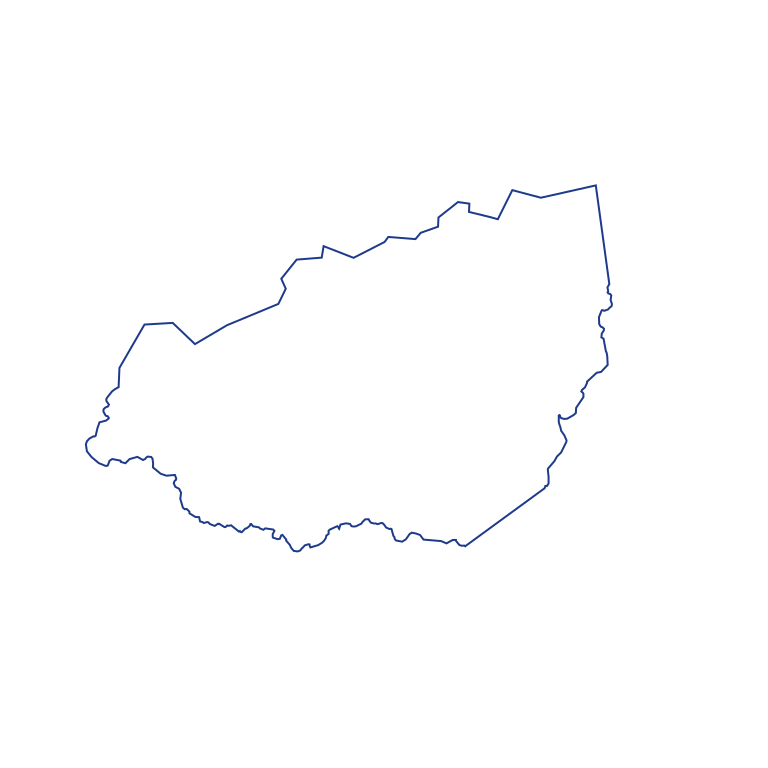 McDowell, West Virginia, United States of America, rotated 327°
{"feature_id": "52423323B38725266060317", "entity_name": "McDowell", "entity_type": "district", "adm_level": 2, "iso_a3": "USA", "parent_name": "United States of America", "parent_adm1": "West Virginia", "projection": "natural_earth1", "projection_center": [-81.736, 37.375], "detail": "fine", "context": "isolated", "style": "outline", "palette": "blue", "viewbox_px": 768, "rotation_deg": 327, "n_neighbors": 0, "source": "geoboundaries", "source_scale": "gbopen_adm2", "svg_char_len": 3608}
<svg xmlns="http://www.w3.org/2000/svg" viewBox="0 0 768 768"><g transform="rotate(327 384 384)"><path d="M155.6,241.8L151.8,242.1L144.4,244.6L142.8,245.5L141.9,247.2L142.1,251.4L140.4,252.5L137.7,252.0L135.5,252.3L134.4,253.1L133.6,254.7L133.4,258.5L133.5,259.3L134.7,260.5L134.8,262.5L134.3,263.0L131.0,263.3L124.5,261.2L119.7,264.9L114.0,270.4L112.7,270.4L111.7,269.6L107.2,269.3L103.8,270.2L101.2,272.1L98.2,278.6L98.9,285.8L101.7,295.0L106.1,301.3L107.9,301.9L112.0,298.9L115.2,298.9L121.3,304.8L120.8,306.0L124.0,309.6L129.7,308.4L137.5,310.8L140.5,316.5L142.9,316.8L144.3,316.2L146.3,316.2L149.0,318.4L149.2,320.5L147.1,324.9L144.8,328.1L147.8,337.6L151.6,342.4L159.1,346.4L158.2,350.3L157.2,351.1L155.9,351.1L153.6,352.7L153.0,356.5L155.1,360.3L154.6,364.6L150.6,369.4L148.0,378.2L148.7,380.5L150.4,381.3L151.3,385.0L150.4,386.5L153.4,392.8L153.7,392.9L156.4,395.0L154.9,399.1L156.5,400.9L157.2,402.5L160.6,403.5L161.4,404.5L161.7,406.6L164.7,410.8L168.7,410.8L169.0,411.3L169.6,411.4L172.0,416.6L172.5,417.3L173.3,417.6L173.7,417.6L175.5,417.3L176.1,418.1L179.0,419.4L179.1,420.2L182.0,428.8L182.4,428.8L183.0,428.8L183.0,429.5L183.8,430.8L184.6,430.7L188.9,429.7L189.5,430.1L191.1,430.2L194.6,429.7L195.6,428.7L196.4,429.1L196.7,432.1L201.0,436.0L201.4,437.8L203.5,440.6L205.8,440.4L211.8,445.7L212.1,447.5L208.9,449.3L207.5,451.5L207.2,452.2L207.6,452.9L208.0,453.3L210.3,456.2L212.3,457.1L215.3,455.0L216.6,455.2L217.3,461.2L217.0,461.6L216.6,462.1L217.4,467.5L216.9,471.0L217.4,474.8L220.4,477.4L223.0,478.0L226.0,477.0L226.7,477.0L229.7,476.2L233.3,477.2L234.2,478.1L233.4,479.6L233.3,481.0L241.1,483.3L245.7,483.4L248.1,482.9L251.0,481.7L253.2,479.7L254.4,479.7L256.0,479.5L257.6,476.9L259.3,476.6L267.4,477.8L267.8,479.1L267.4,480.5L267.5,481.0L270.3,478.7L271.0,478.2L276.1,480.1L279.3,482.8L279.3,485.5L281.0,487.1L283.1,488.1L288.9,488.8L291.1,487.9L292.2,487.7L293.1,487.6L294.0,487.2L295.3,487.7L297.4,489.0L297.3,491.2L297.4,492.0L297.5,493.2L299.6,495.5L301.4,496.7L302.0,497.8L302.7,498.2L305.8,499.0L307.0,499.8L307.5,502.2L307.6,505.5L309.6,508.6L310.8,509.0L311.3,509.7L309.2,516.4L309.3,518.2L308.6,520.0L308.8,521.7L312.7,525.5L313.4,526.1L317.7,526.2L322.0,524.5L323.7,523.8L326.3,523.8L329.2,526.6L332.0,530.2L332.4,536.0L346.4,546.9L349.6,551.7L356.6,552.2L359.3,553.9L358.9,554.3L359.5,560.0L361.1,562.0L363.4,563.3L363.7,564.3L461.9,558.9L463.8,557.4L464.7,557.8L465.0,558.3L465.7,558.1L467.8,557.1L471.4,551.6L474.8,544.9L475.4,544.3L484.9,541.5L489.6,539.0L495.2,537.9L505.2,532.0L506.4,530.7L507.3,525.1L507.1,519.7L508.4,516.3L509.0,513.8L509.8,511.2L513.4,505.6L514.3,505.7L514.3,506.5L513.8,507.1L514.1,509.1L516.0,511.4L518.9,512.9L526.2,513.3L529.1,512.8L532.2,508.6L544.1,503.6L545.9,500.9L546.0,499.5L545.4,497.8L546.8,496.8L550.7,496.3L555.0,493.6L555.6,492.6L568.5,490.4L572.6,492.1L582.0,489.8L586.3,482.4L587.9,478.6L587.8,477.8L588.3,476.5L592.8,465.6L591.7,463.3L594.1,460.3L597.4,458.9L598.6,457.4L598.1,455.4L597.0,453.9L597.1,451.0L600.7,445.0L605.8,441.4L607.0,440.8L607.7,441.2L608.5,442.5L609.1,442.7L612.4,443.5L614.8,442.9L617.2,442.7L618.7,441.1L619.8,437.0L622.9,433.4L622.6,431.5L621.5,430.3L621.4,429.0L622.5,428.4L623.4,426.2L624.0,424.7L627.4,422.9L669.8,332.8L617.0,313.2L597.2,291.3L569.2,307.8L564.0,301.9L549.0,286.0L553.8,279.2L545.1,271.7L520.4,274.0L515.0,281.5L497.2,277.2L489.3,279.6L467.7,263.0L461.9,265.2L427.2,261.6L408.4,235.5L400.6,244.1L378.5,232.1L355.2,239.8L353.5,250.6L339.0,259.3L284.4,249.2L247.2,247.6L240.1,217.7L215.5,203.7L170.9,226.4L159.7,242.1L155.6,241.8Z" fill="none" stroke="#1e3a8a" stroke-width="2"/></g></svg>